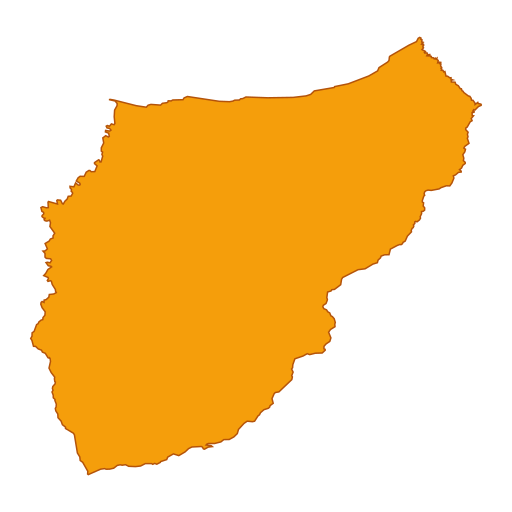 the district of Dibulla, La Guajira, Colombia
{"feature_id": "7082276B97252339631603", "entity_name": "Dibulla", "entity_type": "district", "adm_level": 2, "iso_a3": "COL", "parent_name": "Colombia", "parent_adm1": "La Guajira", "projection": "albers", "projection_center": [-73.512, 11.083], "detail": "fine", "context": "isolated", "style": "filled", "palette": "amber", "viewbox_px": 512, "rotation_deg": 0, "n_neighbors": 0, "source": "geoboundaries", "source_scale": "gbopen_adm2", "svg_char_len": 5883}
<svg xmlns="http://www.w3.org/2000/svg" viewBox="0 0 512 512"><path d="M273.2,403.3L272.0,398.6L274.2,393.6L275.4,392.5L278.9,391.9L291.8,379.6L292.4,376.9L291.7,375.7L293.1,372.1L291.6,369.0L292.6,367.7L292.8,364.7L294.9,358.8L303.1,356.0L307.2,353.7L309.7,354.6L315.4,353.2L322.2,353.0L325.2,350.2L325.1,349.3L323.9,348.8L324.0,346.3L326.1,343.9L329.8,341.4L330.9,337.9L328.6,332.2L330.5,329.5L335.0,326.7L334.8,324.1L335.3,322.5L334.2,318.7L332.4,316.6L330.9,315.8L329.7,312.9L327.8,311.8L326.5,309.8L323.9,308.7L322.8,306.8L323.3,305.3L326.0,303.5L327.1,300.7L327.4,299.4L326.8,297.7L327.6,292.0L331.0,291.0L331.8,289.7L334.5,289.4L340.7,284.7L341.6,279.2L342.7,277.5L358.0,269.7L365.1,268.8L372.9,264.1L377.4,262.7L378.0,260.2L380.5,257.8L381.1,256.1L384.6,254.8L389.0,254.7L390.4,249.1L397.4,245.4L399.8,244.5L401.0,244.7L402.4,243.8L403.0,242.4L405.2,241.1L407.4,236.1L411.5,231.8L411.2,230.5L412.1,228.4L413.2,227.6L413.8,226.1L413.4,224.9L414.8,223.5L414.8,221.9L415.4,221.4L417.1,221.8L419.4,220.0L420.5,218.2L420.2,216.7L421.6,213.7L421.5,211.5L423.1,211.3L424.6,210.2L424.7,207.9L423.2,206.0L423.6,202.8L422.4,202.1L422.3,200.7L423.8,196.1L424.7,195.3L424.1,193.8L424.7,191.8L425.8,190.8L428.0,190.1L431.3,190.4L439.2,188.9L440.9,187.7L446.3,185.8L449.8,185.9L451.9,183.0L453.9,178.1L453.3,175.8L455.5,174.9L458.4,172.4L461.2,172.0L461.2,171.2L459.5,169.6L461.5,168.1L462.8,165.3L465.2,163.5L465.2,162.3L463.4,160.7L463.8,158.1L462.8,154.7L464.8,151.9L465.5,149.2L464.0,148.4L464.0,147.7L464.9,146.3L469.0,143.3L467.3,138.3L468.0,136.8L467.4,134.3L468.1,132.2L465.7,129.6L465.8,128.0L467.2,127.1L470.2,121.8L472.1,120.7L471.2,118.5L473.5,115.8L472.2,115.6L472.1,112.6L474.0,112.3L474.1,111.6L472.9,111.0L473.8,109.6L474.9,110.1L478.5,106.5L481.1,105.4L481.3,104.9L480.9,104.1L478.2,103.5L477.8,102.4L475.1,104.5L475.0,103.1L473.0,100.3L471.5,100.2L471.1,98.2L469.8,96.3L468.4,96.0L463.8,92.5L463.0,91.2L462.0,90.7L461.4,88.8L460.3,88.7L458.3,85.7L455.8,84.3L455.1,82.2L451.4,82.0L451.2,80.2L452.7,79.9L451.0,79.3L451.0,77.7L449.8,77.8L447.6,76.2L446.0,76.1L444.9,71.5L443.7,71.9L443.0,70.4L441.3,70.3L441.8,69.0L441.0,68.3L441.7,67.4L440.6,66.1L440.9,64.2L439.3,63.5L439.4,62.9L440.7,63.0L440.8,62.4L438.9,62.1L437.7,62.7L438.2,60.4L436.7,59.3L436.9,58.2L435.8,59.0L435.2,58.1L434.2,58.9L433.4,57.8L431.5,57.6L431.3,56.4L430.2,56.4L429.8,54.5L429.0,54.6L428.5,55.9L426.8,55.8L427.6,54.4L427.0,52.9L424.7,53.0L424.4,52.4L425.4,51.4L422.0,49.6L423.5,47.8L422.8,46.9L423.6,45.3L421.9,44.4L423.1,44.0L422.1,43.2L423.1,42.3L421.7,41.8L422.0,39.8L420.8,39.3L421.0,38.1L419.7,37.4L418.2,38.3L416.5,41.6L408.9,45.2L389.9,56.2L389.4,56.9L389.0,60.5L387.6,62.1L379.0,67.6L377.6,70.9L368.7,76.0L348.3,83.8L334.6,86.6L334.2,87.5L314.3,90.9L310.7,94.4L306.1,95.9L293.2,97.4L267.8,97.8L245.9,97.0L242.7,98.6L240.6,98.8L239.4,100.0L234.6,100.2L232.9,101.1L229.5,101.7L219.2,101.3L187.4,96.5L184.1,97.9L183.0,99.7L172.7,100.0L171.2,100.9L168.2,100.8L167.9,102.0L166.8,102.7L162.4,103.3L160.6,105.1L150.9,104.4L148.1,105.2L146.3,107.2L136.3,105.7L114.2,100.1L110.2,99.4L109.0,99.6L115.1,101.0L117.2,103.6L117.0,105.8L114.6,110.1L114.2,116.8L114.9,123.5L114.1,124.7L111.4,123.9L109.5,126.2L107.3,125.5L106.2,126.2L107.0,127.9L109.6,128.5L111.0,130.1L109.7,131.1L105.6,130.4L105.4,131.9L108.6,133.2L109.3,136.3L108.4,137.0L105.7,135.7L102.8,137.9L103.7,143.0L101.3,147.8L101.3,151.1L102.6,152.1L101.9,154.4L102.7,156.1L101.1,161.9L100.0,162.0L99.4,160.2L98.6,159.8L94.5,162.6L94.5,163.6L97.1,165.9L94.8,171.6L91.2,171.7L89.9,170.5L88.8,170.5L86.2,172.2L84.2,176.4L80.1,176.3L78.1,177.8L76.3,181.0L79.7,183.1L80.2,184.2L79.7,185.1L78.2,185.1L75.6,182.9L73.9,186.8L70.0,186.3L70.1,187.9L71.5,189.5L71.2,191.3L72.4,192.4L72.6,193.5L71.1,196.1L68.2,196.3L67.2,199.0L64.9,201.2L63.3,204.0L62.4,203.7L60.6,200.2L57.4,199.9L56.8,200.5L57.5,204.0L48.5,201.5L48.0,202.2L48.3,207.6L46.5,207.8L42.6,206.7L40.9,207.6L41.9,211.4L43.5,212.3L43.8,213.1L43.6,214.1L42.1,215.5L42.0,216.6L43.8,218.1L45.0,218.3L44.1,219.8L45.2,220.8L46.9,221.1L49.6,220.2L50.5,222.7L49.9,226.5L54.7,233.2L53.0,235.9L53.1,238.0L50.4,239.0L49.1,241.1L45.1,243.5L47.4,248.9L45.1,250.9L43.0,251.1L45.0,253.4L45.0,257.1L46.3,258.4L50.6,258.8L51.6,260.5L50.0,262.8L47.4,262.2L46.0,262.6L48.3,265.8L50.9,266.2L51.6,266.9L47.9,269.5L45.7,273.4L43.7,275.6L48.1,277.5L48.4,278.8L47.3,280.4L48.0,281.4L50.4,280.7L51.4,281.3L52.2,284.4L55.4,289.5L55.5,291.1L56.3,292.6L53.7,294.0L49.3,294.5L48.8,297.2L46.1,299.6L44.1,300.1L44.0,302.4L42.1,301.5L41.1,302.4L40.8,304.2L42.1,307.7L45.2,311.8L44.9,315.3L43.0,317.5L42.8,319.6L41.1,320.1L38.9,321.9L38.1,323.7L36.6,324.6L34.1,331.4L32.1,332.8L32.0,336.2L30.7,338.5L31.9,340.3L33.5,346.3L35.6,346.4L38.2,348.9L41.5,350.2L42.4,352.1L45.3,353.3L48.0,357.7L49.1,358.1L49.5,357.7L50.1,358.5L50.5,361.5L49.0,368.1L51.2,372.6L54.7,377.1L54.4,378.8L54.8,381.6L55.4,382.0L55.1,383.8L52.8,386.5L52.4,388.4L53.0,390.3L52.0,392.0L53.2,395.1L53.3,397.8L55.0,399.4L54.9,400.5L56.3,404.1L56.1,407.0L55.3,408.4L55.8,410.9L57.8,414.0L58.0,417.7L61.1,421.1L62.4,424.7L65.5,427.1L65.5,428.5L73.4,433.2L74.4,434.8L77.4,453.0L79.8,456.9L80.2,460.5L82.7,462.3L87.8,471.3L87.6,474.0L88.3,474.6L100.5,469.2L104.6,468.6L106.1,469.2L109.7,469.1L113.7,468.2L117.3,465.4L120.2,464.8L122.2,465.2L125.5,464.7L128.7,466.3L135.5,466.6L140.6,466.0L145.3,463.6L151.6,463.6L152.7,464.3L154.7,463.4L156.8,464.2L160.3,462.4L160.6,461.6L166.7,459.6L167.7,457.1L173.4,453.9L178.8,455.6L185.1,451.9L188.6,448.6L191.9,447.0L201.3,446.5L202.4,447.1L203.4,448.9L204.5,449.2L208.2,447.1L212.3,446.6L211.2,445.7L206.1,445.0L207.0,444.0L208.4,443.5L214.6,443.5L220.9,441.9L223.8,439.6L229.2,439.5L233.9,436.9L237.3,433.6L238.5,429.4L244.0,423.4L247.2,421.2L252.5,421.7L254.6,421.2L258.0,415.9L259.5,414.8L260.5,412.7L263.9,409.7L268.3,408.3L269.6,407.2L270.1,405.6L273.2,403.3Z" fill="#f59e0b" stroke="#b45309" stroke-width="1.5"/></svg>